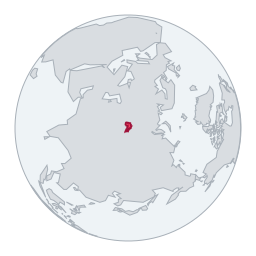 North Kazakhstan on an orthographic globe, rotated 97°
{"feature_id": "KAZ-3204", "entity_name": "North Kazakhstan", "entity_type": "Region", "adm_level": 1, "iso_a3": "KAZ", "parent_name": "Kazakhstan", "parent_adm1": "", "projection": "orthographic", "projection_center": [70.634, 53.821], "detail": "fine", "context": "on_globe", "style": "filled", "palette": "rose", "viewbox_px": 256, "rotation_deg": 97, "n_neighbors": 0, "source": "natural_earth", "source_scale": "10m", "svg_char_len": 12777}
<svg xmlns="http://www.w3.org/2000/svg" viewBox="0 0 256 256"><g transform="rotate(97 128 128)"><circle cx="128" cy="128" r="113" fill="#eef3f6" stroke="#a8b0b8"/><path d="M146.8,16.9L150.3,18.0L147.8,20.0L145.5,19.0L145.2,19.8L148.1,21.1L150.1,21.9L152.9,27.9L161.6,34.9L166.9,36.5L163.7,36.8L175.6,39.6L182.0,43.9L173.1,39.5L171.0,39.4L174.5,42.5L173.1,43.2L174.0,45.1L171.9,45.7L166.9,43.3L165.5,43.7L168.1,45.9L167.7,48.0L164.1,44.7L163.0,48.1L154.4,45.3L146.5,36.8L140.1,36.6L127.6,31.7L127.1,33.0L122.1,32.3L119.7,33.6L118.0,32.5L117.5,34.5L119.4,35.3L119.8,36.5L118.6,37.4L116.3,36.1L116.6,35.5L115.3,35.6L114.7,34.6L114.3,35.6L111.6,34.0L112.3,37.0L108.7,36.9L107.4,35.5L110.1,33.9L113.7,27.2L113.3,25.7L110.0,25.0L98.7,27.2L97.2,26.4L93.3,26.6L93.0,27.7L95.9,28.0L94.3,30.4L98.1,30.7L98.0,31.8L100.8,33.0L97.7,34.8L93.1,36.0L90.6,35.2L88.5,35.7L88.7,38.3L81.9,38.7L73.8,42.4L72.3,42.5L73.4,39.0L78.9,34.3L80.3,30.7L76.6,35.2L73.0,35.4L71.3,36.5L69.9,37.8L70.2,38.6L68.4,39.2L71.3,34.8L73.0,34.1L72.0,35.5L74.6,33.4L76.5,30.8L74.6,31.3L79.6,27.4L78.2,27.8L78.6,27.4L80.4,26.9L77.2,27.8L81.4,25.5L89.1,22.3L97.1,19.7L105.2,17.7L113.5,16.3L121.8,15.5L130.2,15.4L138.5,15.9L146.8,16.9ZM151.2,22.1L148.3,21.1L146.2,19.8L148.8,20.5L151.2,22.1ZM154.9,25.3L153.1,24.9L153.7,23.7L154.5,24.3L154.9,25.3ZM171.1,37.6L169.0,36.1L171.5,37.3L171.1,37.6ZM174.4,45.3L175.5,45.5L175.5,46.4L174.4,45.3ZM102.4,32.0L101.6,32.5L101.5,32.0L102.4,32.0ZM104.3,32.1L104.7,31.1L105.7,31.1L105.4,31.6L104.3,32.1ZM172.4,48.2L172.1,49.7L171.5,47.8L172.4,48.2ZM103.6,33.3L107.4,31.0L109.1,31.0L109.6,33.1L103.6,33.3ZM171.3,50.3L170.7,54.2L172.9,55.0L166.1,55.1L169.0,51.7L167.9,49.1L169.8,50.5L171.3,50.3ZM120.6,35.2L118.5,34.4L121.4,34.2L120.6,35.2ZM122.4,34.8L130.8,32.9L133.4,34.7L130.0,34.9L134.2,36.6L131.3,38.3L128.3,37.8L127.3,36.3L127.0,38.1L122.4,34.8ZM162.5,54.7L161.6,55.3L161.6,54.2L162.5,54.7ZM120.2,37.0L121.7,36.4L124.0,37.8L121.5,39.3L121.5,38.3L120.2,37.0ZM136.7,36.3L138.0,37.7L136.0,39.5L136.2,40.3L131.4,38.5L136.7,36.3ZM120.4,38.5L120.1,40.0L117.9,40.2L118.9,37.7L120.4,38.5ZM125.7,37.6L126.6,38.4L125.3,38.4L125.7,37.6ZM109.8,42.0L111.6,41.1L112.9,41.8L109.8,42.0ZM120.1,40.6L120.9,40.5L121.6,40.7L121.0,41.8L120.1,40.6ZM130.3,40.0L129.2,40.5L132.2,40.8L130.8,42.2L127.9,40.8L128.5,42.0L128.1,42.5L126.2,40.9L130.3,40.0ZM122.5,43.5L118.3,42.4L114.8,43.8L113.6,43.2L119.4,41.1L122.5,43.5ZM124.8,42.1L123.1,42.8L122.4,41.6L123.1,40.4L124.8,42.1ZM130.9,43.7L133.8,41.9L134.3,42.2L130.9,43.7ZM121.7,44.1L122.7,44.3L121.5,44.3L121.7,44.1ZM128.2,44.1L129.2,43.3L129.7,43.8L128.2,44.1ZM124.0,45.5L122.6,45.1L123.0,44.3L124.0,45.5ZM126.0,45.0L126.6,45.8L124.0,44.2L126.3,44.6L126.0,45.0ZM128.6,44.6L129.3,44.6L128.1,44.9L128.6,44.6ZM123.0,49.1L119.7,47.2L120.7,45.3L123.8,47.3L123.0,49.1ZM39.7,197.9L35.5,191.9L35.6,190.3L34.2,186.3L28.7,172.2L29.8,168.7L28.8,164.8L26.4,161.8L25.5,157.1L24.2,154.7L17.9,140.9L17.2,132.1L19.1,113.8L21.1,112.2L23.6,106.7L39.1,106.3L40.0,111.7L49.6,122.6L50.4,124.9L46.7,128.5L51.8,143.3L56.5,142.0L63.7,152.1L70.1,156.2L76.8,148.4L66.4,141.7L67.1,135.8L77.5,137.4L87.0,143.4L87.6,141.3L83.7,133.9L88.0,131.8L82.6,131.0L83.2,133.9L79.8,133.6L79.0,131.0L80.6,130.2L78.4,127.7L71.5,132.0L71.4,135.4L64.1,131.5L63.2,136.8L60.5,137.4L61.0,128.5L62.6,126.4L61.7,114.5L59.4,116.3L60.0,127.7L58.9,125.8L55.7,128.7L57.2,124.9L57.1,112.3L52.0,108.0L41.7,109.9L39.5,106.8L39.4,101.3L46.9,94.1L51.0,102.0L53.7,99.8L56.1,93.4L57.1,96.4L58.6,94.8L60.5,97.6L66.2,97.1L68.6,99.5L73.9,95.3L75.9,96.0L72.2,98.2L70.9,101.2L77.1,107.2L79.2,107.2L82.2,104.1L83.5,106.3L85.6,102.5L90.7,104.4L86.2,99.0L89.6,95.5L94.3,94.6L94.6,92.6L86.9,94.1L84.6,95.6L83.8,98.4L76.7,102.1L73.9,100.9L78.3,93.6L74.8,91.3L79.8,86.9L97.6,85.1L103.5,86.7L106.7,96.9L103.6,98.5L100.8,95.6L100.5,101.7L101.9,99.6L103.0,101.5L106.5,98.9L107.5,100.2L109.2,95.7L110.8,96.9L109.7,99.8L116.2,97.4L120.3,99.3L121.3,98.2L121.2,96.4L126.4,100.2L127.0,99.2L125.4,97.6L125.5,94.6L127.6,90.9L129.3,92.4L128.8,94.0L130.2,99.6L128.5,103.6L129.4,103.9L131.3,100.8L129.5,93.9L130.3,91.2L131.6,94.3L131.2,93.0L132.1,92.2L134.6,92.8L133.4,89.4L141.3,79.1L147.0,79.7L147.2,83.4L154.5,78.5L160.3,79.9L158.9,78.3L161.4,75.2L159.7,74.7L159.2,73.7L164.9,66.0L167.6,65.6L168.4,60.9L167.7,60.2L165.8,60.2L166.1,55.1L172.9,55.0L174.2,56.7L177.6,55.7L180.1,59.7L183.7,62.8L184.5,68.2L187.3,70.3L188.3,69.7L192.8,72.3L198.7,80.2L189.5,76.5L179.8,66.2L183.4,70.5L181.3,70.4L181.7,72.6L184.4,75.7L185.5,75.5L183.0,85.8L186.7,96.3L189.6,92.9L193.1,93.8L199.9,103.9L200.5,123.6L205.2,125.9L206.6,128.7L204.9,132.6L202.9,128.5L199.8,128.9L198.9,126.2L195.6,131.3L194.1,127.6L192.3,133.7L194.7,135.6L198.2,132.3L197.2,139.3L202.8,141.5L205.2,146.9L201.8,161.3L195.6,168.4L195.6,170.4L192.3,170.1L189.2,175.4L196.5,181.6L196.8,184.2L191.1,192.1L190.8,190.4L181.9,189.6L181.2,196.1L188.0,198.1L190.3,202.2L185.5,202.8L183.0,199.2L179.9,198.7L180.1,193.4L176.1,186.5L171.3,189.7L171.0,186.3L164.9,180.7L157.5,184.8L146.2,196.0L145.8,204.3L141.4,208.2L133.5,197.0L131.7,188.4L127.7,189.3L120.4,181.3L104.8,178.8L103.5,176.1L100.3,176.6L95.4,172.9L93.9,168.2L90.4,167.5L94.8,179.5L98.6,180.3L103.1,177.4L103.5,181.2L108.4,185.4L99.5,192.0L77.8,192.4L77.4,185.7L69.6,161.6L70.7,159.8L70.8,159.5L70.8,159.0L68.4,161.7L67.6,156.9L69.9,173.2L69.6,178.9L77.5,192.6L76.4,193.1L79.4,196.3L91.2,198.0L90.9,199.9L84.3,206.6L69.5,210.7L72.4,217.7L73.0,221.7L65.9,219.9L68.8,223.0L65.4,221.4L66.7,222.5L66.1,222.1L58.8,216.9L51.9,211.1L45.5,204.7L39.7,197.9ZM31.0,110.7L30.0,112.1L31.0,110.7ZM95.4,154.5L102.2,157.2L102.1,150.0L104.7,150.5L103.7,147.9L102.0,149.5L100.0,142.6L104.0,141.8L104.7,138.8L102.5,137.8L95.4,140.5L98.3,150.1L95.4,152.1L95.4,154.5ZM72.9,35.7L72.6,36.1L70.9,37.4L71.2,36.7L72.9,35.7ZM66.5,44.1L63.7,45.0L65.9,43.8L65.7,42.9L70.2,39.4L71.8,42.3L70.3,41.5L66.5,44.1ZM76.6,35.9L73.6,37.6L76.8,35.6L76.6,35.9ZM65.0,84.1L64.5,86.3L62.3,87.4L59.3,84.9L62.5,83.3L65.0,84.1ZM64.5,89.3L69.7,83.1L71.7,84.6L69.7,84.8L70.5,86.3L67.5,87.1L64.4,94.8L62.2,96.3L57.9,90.6L60.5,91.6L60.7,89.2L64.5,89.3ZM79.4,66.4L81.7,64.2L83.2,70.1L80.9,71.5L77.7,69.0L78.6,65.9L79.4,66.4ZM103.7,37.7L104.5,36.9L105.2,37.2L105.0,38.2L103.7,37.7ZM110.5,41.5L101.0,42.0L101.4,41.0L95.4,42.7L94.1,40.8L98.0,39.7L92.5,39.6L95.6,37.8L91.7,38.1L100.7,35.9L103.2,34.4L100.9,36.7L102.0,38.5L103.2,38.9L108.7,38.8L114.7,36.8L116.7,38.5L116.6,40.2L115.5,40.9L114.5,39.6L113.7,41.5L111.4,40.2L110.5,41.5ZM113.7,61.7L113.1,59.4L111.1,64.0L108.8,62.3L108.7,62.9L106.0,62.7L102.6,63.5L102.0,62.5L100.9,63.3L99.2,63.2L97.5,64.0L95.7,62.4L93.6,63.3L94.0,62.0L90.7,64.0L92.3,61.9L90.2,61.7L89.8,63.9L84.2,54.3L80.6,52.3L76.7,51.9L80.0,48.5L85.7,46.9L92.1,46.7L95.0,49.2L96.0,47.4L97.7,48.1L96.2,49.3L99.5,47.9L100.5,48.8L106.2,49.2L110.2,46.9L112.4,47.1L111.3,48.5L114.3,47.7L113.7,50.5L115.2,50.8L116.2,53.9L113.2,56.6L115.2,56.7L116.0,59.2L113.7,61.7ZM123.2,50.0L120.1,53.4L117.3,54.2L116.8,48.4L115.5,47.8L115.0,44.4L119.0,43.4L118.8,44.4L119.5,45.2L118.0,45.2L119.7,45.8L119.4,47.3L120.7,48.2L119.4,49.1L123.2,50.0ZM52.8,124.8L53.7,126.1L55.4,127.7L53.5,129.6L52.8,124.8ZM52.6,116.2L53.6,116.9L51.7,120.2L50.7,118.9L52.6,116.2ZM55.8,114.6L53.8,116.7L54.3,114.8L55.8,114.6ZM73.3,98.8L74.6,99.5L74.1,100.4L72.6,101.0L73.3,98.8ZM107.3,75.6L107.4,74.0L108.2,73.8L110.4,70.7L112.3,71.8L111.7,74.1L107.3,75.6ZM74.1,148.9L71.3,149.5L70.8,148.1L71.9,148.2L74.1,148.9ZM61.2,139.6L63.4,143.0L60.6,140.1L61.2,139.6ZM109.8,76.3L110.5,74.8L111.0,76.3L109.8,76.3ZM113.8,72.5L114.7,73.9L112.8,71.6L113.8,72.5ZM90.5,227.8L87.2,231.6L82.3,229.8L80.0,227.8L80.3,224.9L85.5,225.8L87.7,224.6L90.5,227.8ZM211.0,198.6L213.2,196.9L213.0,197.2L211.0,198.6ZM208.7,199.7L211.4,197.6L208.2,200.7L208.7,199.7ZM212.4,196.8L215.0,193.9L216.2,192.4L215.9,193.2L212.4,196.8ZM206.9,201.2L196.2,208.3L191.7,210.1L192.9,208.5L200.1,204.6L206.9,201.2ZM192.6,208.7L185.5,209.3L174.8,203.9L178.7,202.7L189.7,204.0L189.0,205.2L193.3,205.5L192.6,208.7ZM208.9,192.9L208.2,196.2L202.4,200.1L199.7,201.4L197.8,198.9L198.9,196.3L201.2,194.9L209.1,182.1L212.0,181.7L209.8,186.5L212.2,187.4L208.9,192.9ZM146.3,205.0L149.4,209.2L146.9,210.2L146.3,205.0ZM211.6,174.4L208.9,180.2L211.2,173.5L211.6,174.4ZM212.6,168.8L213.1,170.3L211.5,169.7L212.6,168.8ZM196.2,173.0L193.8,174.8L193.4,173.5L196.2,170.4L196.2,173.0ZM207.0,151.5L208.2,155.5L208.2,157.2L206.5,155.6L207.0,151.5ZM126.9,85.0L121.6,88.0L119.0,91.2L119.6,94.5L116.6,91.3L120.5,86.4L126.9,85.0ZM139.4,79.7L138.9,77.0L140.6,77.4L140.9,78.1L139.4,79.7ZM138.0,78.6L134.6,76.7L135.3,74.8L137.9,76.6L138.0,78.6ZM122.0,76.3L120.3,77.0L120.0,75.8L122.0,76.3ZM196.4,217.5L196.6,217.3L197.6,216.5L199.1,214.8L209.5,205.2L217.5,194.8L221.3,190.4L225.3,183.1L228.6,178.1L226.5,182.5L227.4,180.9L223.4,187.9L218.9,194.6L213.9,200.9L208.4,206.8L202.6,212.4L196.4,217.5ZM231.6,172.2L233.2,168.1L233.0,168.7L231.6,172.2ZM216.3,193.9L219.6,188.9L221.1,187.1L216.3,193.9ZM236.0,159.9L235.4,161.5L233.7,166.5L230.6,172.9L231.6,170.2L231.4,169.2L227.5,174.9L226.7,174.8L228.3,171.7L225.4,174.7L228.7,169.7L229.8,170.5L231.5,165.8L234.0,161.5L236.0,157.6L237.1,155.4L236.7,157.1L237.0,156.4L236.0,159.9ZM228.2,175.5L228.7,174.7L228.1,176.2L228.2,175.5ZM237.5,154.0L238.9,147.2L239.1,146.1L238.1,151.6L237.5,154.0ZM238.8,146.9L239.3,145.0L239.2,145.8L238.8,146.9ZM221.6,181.9L221.4,182.8L220.5,183.3L221.6,181.9ZM222.9,180.1L225.5,177.6L222.6,181.0L222.9,180.1ZM213.7,186.7L214.6,187.7L217.6,183.8L215.3,187.6L217.1,188.5L216.3,190.2L214.6,189.0L213.6,192.8L212.3,193.9L211.8,191.9L213.3,187.2L214.6,184.6L219.8,179.0L213.7,186.7ZM223.0,177.9L222.2,176.6L222.7,174.6L223.6,174.8L223.0,177.9ZM219.6,173.7L217.1,173.2L215.2,176.1L218.7,168.4L220.5,170.2L219.6,173.7ZM216.9,169.5L215.2,172.3L216.7,168.2L216.9,169.5ZM214.5,171.8L214.0,170.0L215.5,168.9L214.5,171.8ZM217.9,168.7L217.6,165.0L218.7,166.3L217.9,168.7ZM212.4,166.0L216.3,166.4L211.8,168.8L209.9,162.2L211.7,160.5L212.4,166.0ZM212.0,127.5L210.6,125.8L211.8,123.7L212.4,125.5L212.0,127.5ZM214.3,115.6L211.7,122.5L209.3,128.3L210.8,128.1L211.6,132.6L208.5,130.9L209.0,124.2L211.1,120.6L209.9,117.0L210.5,112.7L208.0,109.2L207.8,106.6L210.7,108.6L214.3,115.6ZM206.8,107.9L202.7,100.9L205.6,98.7L207.2,99.7L207.9,103.8L206.3,104.7L206.8,107.9ZM202.6,98.6L201.0,99.5L191.7,92.3L190.4,90.3L199.1,94.3L198.1,95.4L199.8,97.6L202.6,98.6ZM162.7,55.9L161.7,55.4L162.9,55.3L162.7,55.9ZM158.1,73.5L157.7,72.2L159.1,72.0L158.1,73.5ZM157.2,68.5L155.9,69.6L156.6,67.8L157.2,68.5ZM153.2,72.2L155.1,69.7L154.2,73.0L153.2,72.2Z" fill="#d9dde1" stroke="#a8b0b8" stroke-width="1"/><path d="M126.1,124.8L126.3,124.9L126.4,125.0L126.5,124.9L126.7,125.0L126.9,125.0L127.1,125.1L127.2,125.3L127.3,125.3L127.5,125.4L127.7,125.2L127.8,125.1L128.0,125.1L128.4,125.5L128.4,125.8L128.4,126.0L128.5,126.2L128.7,126.3L128.6,126.5L128.6,126.8L128.6,127.0L128.4,127.0L128.5,127.1L128.5,127.3L128.8,127.3L129.0,127.3L129.2,127.2L129.3,127.2L129.5,127.2L129.7,127.3L129.8,127.4L129.8,127.2L129.7,127.2L129.6,126.9L129.8,126.9L129.8,127.0L130.0,127.2L129.9,127.3L130.1,127.4L130.0,127.5L130.0,127.8L130.2,127.7L130.4,127.7L130.2,127.5L130.2,127.4L130.3,127.4L130.6,127.4L130.7,127.5L130.8,127.5L131.2,127.7L131.3,127.7L131.4,127.4L131.5,127.4L131.5,127.5L131.5,127.8L131.3,127.8L131.2,127.8L131.3,128.0L131.1,128.0L131.0,128.3L131.2,128.5L131.3,128.7L131.5,129.0L131.4,129.0L131.4,129.3L131.4,129.2L131.5,129.1L131.6,129.3L131.5,129.6L131.4,129.7L131.5,129.6L131.6,129.9L131.8,129.7L132.0,129.8L132.0,130.0L131.9,130.1L131.7,130.1L131.9,130.3L132.0,130.4L131.6,130.4L131.4,130.2L130.9,130.0L130.7,129.8L130.7,129.7L130.4,129.6L130.2,129.6L129.9,129.8L129.5,129.8L129.4,129.7L129.4,129.3L129.4,129.2L129.2,129.0L129.1,128.9L128.9,129.0L128.7,129.0L128.5,128.9L128.2,128.8L128.0,129.0L127.9,129.0L127.7,129.0L127.6,128.9L127.4,128.9L127.5,128.7L127.4,128.6L127.2,128.7L127.2,128.4L126.9,128.3L126.7,128.4L126.6,128.5L126.5,128.4L126.4,128.3L126.2,128.4L125.9,128.4L126.0,128.5L125.9,128.5L125.7,128.7L125.6,128.8L125.7,129.0L125.9,129.1L125.9,129.3L126.0,129.4L125.9,129.6L125.9,130.0L125.7,130.0L125.5,130.3L125.4,130.3L125.1,130.5L125.0,130.9L124.9,130.9L124.9,131.0L124.7,131.0L124.5,130.8L124.3,130.7L124.2,130.7L124.2,131.0L123.9,131.0L123.4,131.0L123.2,130.8L122.9,130.8L122.7,130.7L122.5,130.3L122.6,130.0L122.7,129.9L122.7,129.7L122.6,129.4L123.0,129.3L123.1,129.2L122.9,129.0L122.9,128.7L122.7,128.3L122.9,128.2L122.8,127.9L122.7,127.9L122.7,127.7L122.8,127.4L123.1,127.3L123.0,127.1L122.9,127.1L123.0,126.9L122.8,126.2L123.2,126.1L123.3,126.1L123.5,126.1L123.9,126.0L124.0,126.0L124.2,125.9L124.3,125.9L124.6,125.9L124.8,125.7L125.0,125.7L125.3,125.6L125.3,125.4L125.2,125.3L125.3,125.3L125.5,125.3L125.7,125.2L125.8,125.2L125.8,124.9L125.9,125.0L126.0,125.0L126.1,124.9L126.1,124.8Z" fill="#f43f5e" stroke="#9f1239" stroke-width="1.5"/></g></svg>